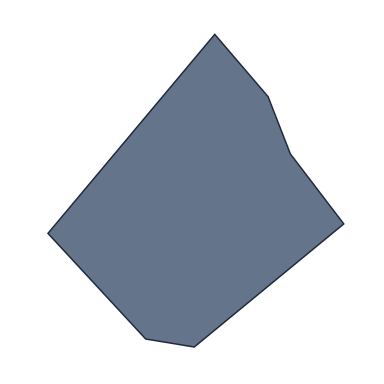 Komenda, Robinson projection, rotated 354°
{"feature_id": "SVN-225", "entity_name": "Komenda", "entity_type": "Municipality", "adm_level": 1, "iso_a3": "SVN", "parent_name": "Slovenia", "parent_adm1": "", "projection": "robinson", "projection_center": [14.546, 46.209], "detail": "fine", "context": "isolated", "style": "filled", "palette": "slate", "viewbox_px": 384, "rotation_deg": 354, "n_neighbors": 0, "source": "natural_earth", "source_scale": "10m", "svg_char_len": 265}
<svg xmlns="http://www.w3.org/2000/svg" viewBox="0 0 384 384"><g transform="rotate(354 192 192)"><path d="M178.0,346.4L130.6,333.4L44.4,218.1L231.1,37.6L277.6,105.1L293.8,164.4L339.6,239.6L178.0,346.4Z" fill="#64748b" stroke="#1e293b" stroke-width="1.5"/></g></svg>